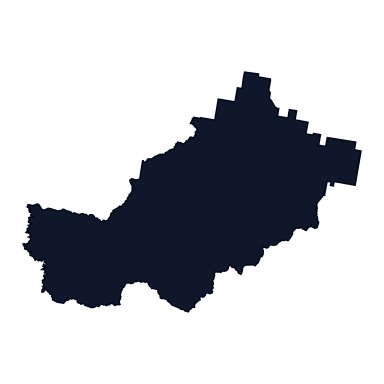 outline of Cessnock, New South Wales, Australia
{"feature_id": "25037944B68071810644037", "entity_name": "Cessnock", "entity_type": "district", "adm_level": 2, "iso_a3": "AUS", "parent_name": "Australia", "parent_adm1": "New South Wales", "projection": "mercator", "projection_center": [151.046, -32.894], "detail": "fine", "context": "isolated", "style": "filled", "palette": "ink", "viewbox_px": 384, "rotation_deg": 0, "n_neighbors": 0, "source": "geoboundaries", "source_scale": "gbopen_adm2", "svg_char_len": 5947}
<svg xmlns="http://www.w3.org/2000/svg" viewBox="0 0 384 384"><path d="M241.0,274.3L242.4,270.7L242.3,268.8L243.1,266.9L244.9,265.1L252.5,264.8L253.8,265.0L255.0,265.8L257.4,263.1L258.3,262.6L258.5,261.3L259.5,259.7L260.0,256.9L262.0,256.5L263.1,254.2L263.3,250.8L262.6,249.6L262.6,248.3L263.4,246.9L266.9,248.1L268.4,247.1L269.7,244.8L274.1,245.2L276.4,244.7L278.5,242.3L282.2,240.2L284.8,240.5L286.3,239.7L287.8,240.7L288.6,240.3L289.0,239.1L290.3,237.9L292.6,234.0L292.1,233.1L293.2,231.0L294.9,229.5L295.4,228.1L299.3,228.1L301.9,227.6L302.8,229.0L303.4,228.8L304.7,229.9L306.4,230.4L306.8,229.3L308.7,227.1L310.4,226.6L311.1,225.6L311.5,226.5L315.0,228.3L317.1,227.4L318.6,222.6L318.2,221.3L317.3,220.2L317.5,217.7L317.2,216.9L316.3,215.6L317.0,214.6L316.4,212.9L317.0,211.2L315.9,210.3L317.0,209.4L317.2,207.5L316.8,206.5L315.9,206.3L316.7,205.9L316.8,203.8L317.4,202.7L323.0,195.7L325.3,195.1L323.4,194.8L323.7,193.3L324.8,193.4L327.1,181.3L331.1,181.9L330.5,185.4L333.4,185.9L334.1,181.5L355.1,185.2L361.0,151.0L354.4,149.8L355.7,142.1L327.3,137.6L325.7,146.5L318.6,145.2L320.5,134.7L313.5,133.5L313.2,135.2L305.8,133.9L308.0,122.3L295.0,119.9L296.6,110.8L289.4,109.7L288.0,118.0L277.5,116.3L278.7,108.6L276.8,108.2L275.1,107.1L271.3,100.6L269.3,98.5L270.2,92.7L268.7,90.4L270.5,80.0L270.3,79.0L258.1,76.9L258.6,74.0L244.6,72.1L243.3,78.7L242.0,88.6L237.4,87.8L235.0,101.9L218.3,99.1L214.8,120.1L200.8,117.8L200.7,118.5L193.8,117.4L193.6,118.6L192.5,118.5L192.3,120.0L190.5,123.4L191.6,123.4L192.2,124.1L193.6,124.6L194.8,126.8L196.2,127.8L197.2,129.4L196.9,130.4L195.5,132.1L195.3,133.5L195.6,135.3L195.0,135.5L194.2,137.1L192.4,137.7L191.3,137.1L189.9,137.4L189.6,138.7L188.5,139.4L188.5,140.5L186.0,141.2L185.8,142.2L184.1,143.5L182.6,144.0L180.6,142.7L179.2,142.7L178.0,142.0L177.4,143.2L176.2,143.5L175.6,145.3L175.7,146.2L174.3,146.9L174.8,148.6L170.0,149.9L167.2,152.1L165.5,152.6L165.0,154.1L163.7,154.6L162.8,154.2L160.7,154.6L160.1,154.2L159.0,155.1L158.0,155.0L156.8,156.0L155.4,156.3L151.6,159.0L148.0,158.9L147.1,159.9L146.8,161.0L144.8,162.4L144.1,162.4L143.2,160.7L142.6,160.9L139.8,178.8L137.3,179.9L134.9,179.9L132.6,178.8L131.8,178.8L130.4,179.7L129.7,180.6L131.7,185.3L132.8,186.2L132.0,187.9L132.6,188.3L132.7,189.1L132.1,189.7L132.3,191.4L131.2,192.4L130.6,194.1L129.3,194.4L129.3,195.6L127.5,197.9L127.4,199.3L126.9,200.3L125.4,201.2L125.1,202.8L122.6,204.7L122.3,205.9L121.0,206.5L119.6,206.2L118.4,207.5L113.0,210.6L113.3,212.0L111.2,213.1L110.1,217.0L109.2,217.8L107.2,221.1L106.2,220.8L104.9,221.2L104.1,220.3L103.2,220.3L102.0,221.7L100.6,221.9L99.7,219.9L98.1,219.4L97.2,218.1L94.9,218.2L94.3,216.6L93.2,215.3L91.9,214.7L89.8,214.8L89.0,216.0L87.9,216.2L86.1,214.4L84.5,214.7L83.8,214.0L82.2,213.5L79.1,214.7L77.6,214.0L76.7,214.3L75.6,213.3L74.3,212.9L72.3,213.5L71.4,213.0L71.1,212.1L69.7,211.9L68.6,211.1L67.3,211.2L63.9,209.3L62.7,209.3L61.3,210.5L57.5,211.0L55.3,210.1L52.7,209.6L51.5,208.8L48.0,208.3L45.2,209.8L42.4,210.1L38.9,204.7L37.6,204.0L32.9,205.6L28.1,204.6L28.1,205.3L27.1,206.8L29.5,208.6L29.0,210.0L30.4,210.5L29.4,211.2L29.6,212.2L31.2,212.5L31.9,213.4L30.8,214.6L30.8,215.5L32.7,216.5L28.9,217.6L28.8,218.7L29.8,220.2L28.6,220.8L28.4,221.8L29.3,222.8L31.7,223.5L32.0,224.3L28.3,225.4L29.7,227.1L29.9,227.8L28.6,227.8L27.2,228.6L27.2,231.2L26.0,232.5L26.8,232.7L28.7,231.0L29.2,232.3L27.8,233.3L30.1,232.9L29.9,234.6L30.5,235.9L28.6,237.0L30.4,237.3L30.5,240.0L29.1,241.3L28.7,242.3L28.9,243.4L27.2,243.4L26.1,244.7L24.5,243.7L23.4,243.7L23.0,244.1L24.7,247.1L24.6,248.5L25.1,249.2L27.5,249.6L28.2,251.2L28.8,251.6L30.7,251.0L31.0,252.2L29.7,252.9L30.3,254.5L30.1,255.4L33.2,256.4L33.7,257.9L34.7,258.2L34.9,260.0L35.6,260.1L37.0,258.8L38.3,260.8L40.2,260.1L41.6,261.2L43.0,260.0L43.6,258.6L45.2,259.8L44.2,261.9L44.7,262.6L46.3,263.4L46.3,264.9L44.2,265.2L43.6,264.4L43.0,266.3L44.9,266.5L46.2,268.3L44.1,267.8L41.9,269.5L44.4,269.7L45.2,271.4L44.4,272.9L46.3,273.2L46.7,273.8L45.9,275.3L44.6,275.0L43.8,275.5L43.6,276.3L45.4,278.3L42.4,280.4L42.7,283.0L44.4,284.7L42.6,286.7L43.7,287.4L43.8,287.9L42.3,289.3L41.8,291.9L42.7,292.2L43.7,291.7L44.6,289.9L46.7,290.0L47.8,291.6L49.4,292.6L49.7,293.9L52.3,295.0L51.6,296.3L52.2,297.1L52.7,299.8L57.3,302.2L63.6,303.2L65.8,300.6L68.3,300.0L70.3,298.5L71.7,299.0L73.5,298.3L75.4,299.3L76.5,299.3L77.4,300.6L77.5,302.3L78.6,303.0L79.6,302.9L80.9,304.2L82.3,303.6L84.3,303.9L84.7,305.1L85.8,305.8L87.4,305.6L88.1,306.6L88.8,306.0L90.7,307.5L93.9,307.4L96.7,305.7L98.8,306.6L99.8,305.0L102.3,303.9L103.2,304.9L104.7,304.7L106.2,305.6L107.3,305.0L109.5,304.7L109.5,303.8L110.0,303.6L112.7,303.6L114.8,305.5L117.0,304.5L119.1,304.7L120.0,304.4L119.2,302.5L119.2,301.4L120.6,298.1L120.8,296.6L120.2,295.5L120.4,293.5L120.8,293.1L121.2,290.9L122.1,289.9L121.9,288.6L123.9,287.1L126.1,283.1L129.2,282.9L131.1,283.6L133.3,282.9L133.6,281.8L134.1,281.6L135.9,281.7L139.2,280.7L140.9,282.2L142.9,281.4L145.1,282.2L147.4,281.6L149.5,286.0L150.9,287.0L151.8,288.5L152.8,288.2L156.1,289.3L157.3,288.8L158.1,290.4L157.9,291.6L158.3,293.2L160.0,295.1L160.4,298.0L161.8,298.6L163.5,298.4L166.8,299.5L168.1,301.5L170.5,303.1L171.7,304.8L179.7,308.2L181.0,309.3L183.4,309.5L184.4,310.0L185.2,311.1L186.9,311.2L188.0,311.9L189.0,310.8L189.1,309.5L190.5,309.1L192.5,307.2L194.4,307.3L194.5,305.0L195.4,303.4L195.4,302.6L196.3,302.6L199.1,300.1L200.1,299.7L199.5,297.7L200.3,297.0L201.5,296.4L202.6,297.1L203.7,296.8L205.1,295.6L205.2,294.3L207.0,292.8L207.8,292.8L209.7,293.7L211.6,293.1L212.3,292.3L212.6,291.5L211.5,290.3L212.5,288.4L213.2,287.9L212.5,286.5L213.4,283.3L213.2,282.4L212.5,281.7L212.5,280.6L213.4,279.6L214.1,277.6L214.6,275.1L214.2,272.1L215.4,272.2L216.5,271.7L217.9,272.2L218.9,271.6L220.4,272.4L223.4,270.9L224.7,271.2L225.6,270.6L226.5,270.7L228.0,269.0L228.7,266.1L229.4,265.3L230.0,265.2L230.7,265.5L232.1,267.3L234.3,267.5L235.2,268.3L235.9,269.8L237.6,270.9L238.6,273.1L241.0,274.3Z" fill="#0f172a" stroke="#020617" stroke-width="1.5"/></svg>